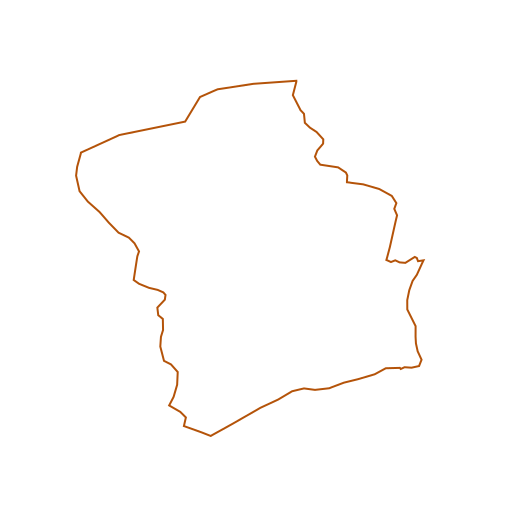 Karforh, River Gee, Liberia, rotated 61°
{"feature_id": "62588387B52645090696794", "entity_name": "Karforh", "entity_type": "district", "adm_level": 2, "iso_a3": "LBR", "parent_name": "Liberia", "parent_adm1": "River Gee", "projection": "equal_earth", "projection_center": [-8.131, 5.281], "detail": "fine", "context": "isolated", "style": "outline", "palette": "amber", "viewbox_px": 512, "rotation_deg": 61, "n_neighbors": 0, "source": "geoboundaries", "source_scale": "gbopen_adm2", "svg_char_len": 1725}
<svg xmlns="http://www.w3.org/2000/svg" viewBox="0 0 512 512"><g transform="rotate(61 256 256)"><path d="M80.7,359.0L81.5,359.6L91.3,369.2L98.5,374.4L113.8,378.9L126.9,376.7L141.7,371.5L147.7,370.2L155.4,368.6L169.0,364.9L178.3,358.3L186.0,356.1L195.3,356.1L198.6,359.8L199.7,360.7L209.0,367.9L217.7,374.6L223.7,371.7L232.0,365.0L238.0,358.4L242.9,354.7L246.2,354.0L248.4,355.7L250.0,356.9L253.3,367.3L260.4,370.2L265.9,368.0L275.7,373.2L280.6,378.3L288.8,383.6L303.1,387.3L309.6,382.9L319.5,380.7L330.4,387.4L339.2,396.3L339.9,397.3L344.6,404.4L349.3,401.6L355.6,397.8L363.2,395.6L369.8,401.5L384.0,389.0L391.4,382.9L391.4,358.3L391.2,344.7L391.0,329.9L390.9,325.8L392.3,306.2L391.8,290.0L393.9,282.4L395.1,278.2L401.7,269.3L407.2,256.0L407.5,253.4L409.4,240.5L413.2,226.5L417.0,209.5L417.1,196.9L423.6,184.4L425.0,184.2L425.3,180.0L429.1,174.1L431.3,166.7L430.6,165.9L427.0,161.5L423.2,161.2L417.7,160.8L410.0,158.5L404.0,155.6L394.7,150.4L376.1,149.6L367.9,145.1L360.2,138.5L353.7,131.1L350.4,124.4L343.0,114.4L341.0,111.6L339.1,116.8L335.7,116.3L333.8,117.6L334.4,128.7L331.2,133.5L327.3,136.3L326.7,140.9L324.1,142.8L322.7,143.9L320.8,142.0L313.1,134.6L293.5,117.2L288.8,112.9L281.8,112.2L277.8,107.6L269.3,108.1L257.2,115.7L245.3,127.5L238.2,137.2L236.9,138.8L235.6,140.7L234.7,140.2L229.8,137.1L226.6,136.9L218.3,141.2L207.3,155.5L202.5,156.4L197.7,156.3L193.4,151.2L190.5,143.4L190.2,142.8L186.6,140.6L176.9,142.9L169.9,146.6L165.7,147.9L163.2,148.7L154.9,145.1L149.9,146.4L148.9,146.3L133.2,145.8L123.1,136.2L122.3,135.8L104.1,174.9L93.7,203.1L91.6,208.7L91.1,213.5L89.8,227.9L101.4,248.1L102.5,250.0L104.1,252.8L88.6,302.1L83.9,317.0L83.8,319.1L80.7,359.0Z" fill="none" stroke="#b45309" stroke-width="2"/></g></svg>